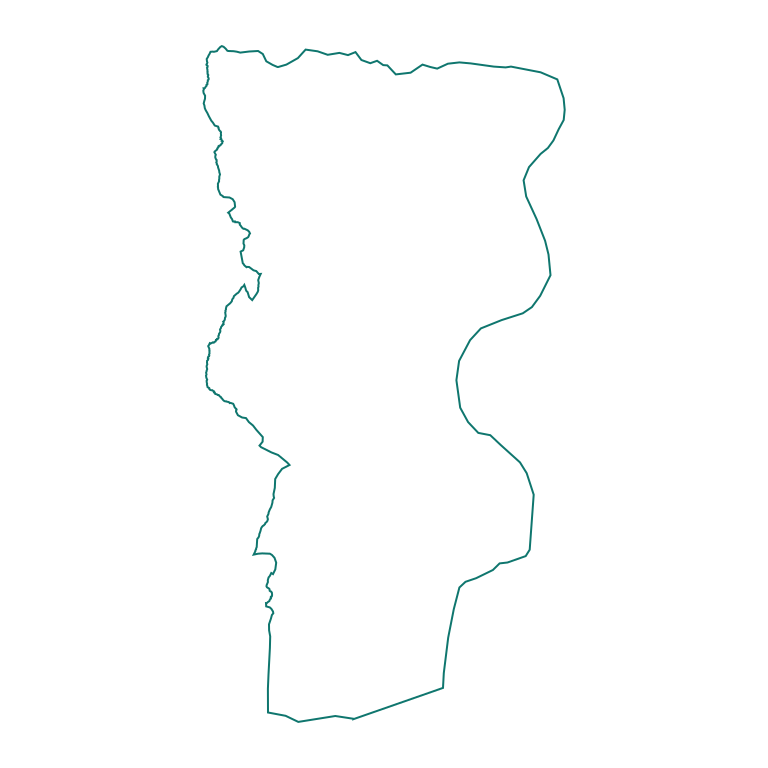 Kwahu Afram Plains North, Eastern, Ghana (Natural Earth projection)
{"feature_id": "2480657B6837938265733", "entity_name": "Kwahu Afram Plains North", "entity_type": "district", "adm_level": 2, "iso_a3": "GHA", "parent_name": "Ghana", "parent_adm1": "Eastern", "projection": "natural_earth1", "projection_center": [-0.105, 6.867], "detail": "fine", "context": "isolated", "style": "outline", "palette": "teal", "viewbox_px": 768, "rotation_deg": 0, "n_neighbors": 0, "source": "geoboundaries", "source_scale": "gbopen_adm2", "svg_char_len": 6037}
<svg xmlns="http://www.w3.org/2000/svg" viewBox="0 0 768 768"><path d="M443.0,687.9L443.8,673.0L448.2,637.6L453.8,609.1L459.4,587.5L465.5,581.8L476.1,578.2L492.9,570.0L499.6,563.4L507.5,562.5L525.7,556.1L529.7,549.7L533.7,494.7L526.7,473.2L520.0,462.4L500.5,444.8L490.3,435.2L478.3,432.9L468.1,422.1L460.2,407.7L456.4,380.2L459.1,360.9L470.1,340.1L480.9,328.4L501.6,320.1L522.8,313.3L531.9,307.1L540.2,295.8L550.5,275.2L548.5,254.5L545.1,240.8L536.6,219.1L526.2,196.5L523.6,180.3L529.0,167.1L540.6,153.9L547.9,148.0L553.4,140.5L558.7,129.2L563.7,120.0L564.7,109.8L563.6,98.2L557.3,79.4L540.6,72.3L511.0,66.6L505.6,67.4L493.8,66.6L470.7,63.4L459.4,62.4L447.9,63.7L437.2,68.6L430.3,67.0L422.5,64.6L410.6,72.7L395.8,74.4L387.4,65.4L383.2,65.1L377.1,60.8L370.3,63.2L361.4,60.0L355.5,52.1L348.0,55.1L339.4,52.9L327.7,54.8L317.6,51.3L305.6,49.6L297.9,58.1L286.4,64.6L278.2,67.0L277.5,67.0L272.6,64.9L266.3,61.3L262.8,54.0L258.1,51.0L249.2,51.5L240.3,52.6L236.8,51.7L233.6,51.2L228.2,51.0L227.3,50.7L225.7,48.7L223.6,46.8L221.8,46.1L220.3,47.0L218.1,49.4L216.9,51.1L213.9,51.8L212.8,51.6L210.5,51.8L209.4,54.2L208.6,55.4L207.9,57.1L206.7,59.0L207.0,61.6L207.4,62.4L207.0,63.8L206.7,64.0L206.4,64.7L206.7,65.3L207.6,65.9L207.6,66.9L207.0,67.8L207.2,68.2L207.2,69.1L207.5,69.8L207.4,71.4L207.7,71.9L207.4,73.0L207.7,73.6L207.7,74.5L208.2,74.8L208.3,75.0L207.8,76.8L208.5,77.9L208.7,79.0L208.5,79.6L207.8,80.2L207.8,81.5L207.2,82.9L207.5,84.0L206.4,85.0L206.6,85.7L205.4,87.1L205.1,87.8L204.4,88.4L203.6,88.3L203.8,89.5L203.3,90.7L203.6,93.0L205.1,95.7L205.0,98.8L204.3,101.0L203.7,103.5L204.4,105.4L204.8,108.1L205.7,110.2L207.4,113.1L208.8,116.1L211.3,120.7L212.9,122.6L214.6,125.3L214.9,125.6L218.1,126.6L218.1,127.0L218.6,127.8L218.5,128.5L218.9,129.1L218.9,129.6L220.0,131.0L220.5,131.3L221.0,132.2L221.0,132.7L220.8,133.1L221.1,135.6L220.8,136.2L220.8,137.1L220.5,137.4L220.9,138.0L220.6,139.0L221.3,139.0L221.7,140.3L222.1,140.6L221.9,140.9L222.3,141.0L222.7,141.4L222.3,141.9L222.3,143.0L222.1,143.4L221.4,143.9L220.5,145.2L218.8,145.9L218.7,146.0L219.0,146.2L218.7,146.4L218.7,146.8L217.7,147.8L217.7,148.3L217.5,148.6L217.2,148.7L217.1,149.5L214.6,151.6L214.4,152.2L215.8,154.8L215.3,156.0L215.3,157.5L215.9,159.1L216.7,160.1L216.5,160.8L216.7,161.8L216.3,162.5L216.9,163.7L216.8,164.4L217.6,165.4L218.0,166.4L218.0,167.2L219.2,170.8L219.3,172.2L220.0,174.4L219.3,176.6L219.3,178.8L219.0,180.0L219.1,181.2L217.9,183.7L218.0,186.4L217.8,186.9L218.1,187.7L218.1,189.0L220.4,194.6L222.9,196.2L223.2,196.8L223.8,197.1L229.5,197.5L232.7,199.2L234.6,202.2L235.1,206.7L234.7,207.4L228.2,212.7L229.3,213.6L230.8,217.4L232.1,219.2L232.8,221.2L233.2,221.6L235.0,221.4L235.3,221.8L235.3,222.2L237.8,222.2L239.8,223.1L239.8,224.7L240.4,225.3L242.0,227.6L243.4,228.8L244.3,228.7L247.7,230.3L249.2,231.8L250.0,233.5L249.4,234.2L248.5,236.6L248.1,237.2L246.5,238.2L244.4,239.1L243.7,240.0L243.5,243.6L244.3,245.3L244.2,247.3L243.2,250.3L240.6,251.6L242.8,263.3L243.9,264.4L244.2,265.2L246.5,267.2L247.0,266.9L249.1,267.0L253.5,270.3L256.3,271.1L258.8,274.0L260.7,273.9L259.4,276.7L258.2,280.1L258.8,283.1L258.4,285.1L258.5,286.8L258.1,287.7L258.2,290.4L257.7,291.9L256.4,294.1L252.2,300.1L249.1,297.1L247.6,292.1L246.4,291.0L245.9,289.8L245.3,287.6L244.3,284.9L243.4,286.3L241.6,287.4L240.6,289.3L238.9,291.9L238.0,292.9L236.8,293.6L233.9,296.2L233.5,297.8L232.5,299.0L232.1,299.9L231.8,301.3L230.2,303.2L226.5,306.3L225.9,308.6L226.0,309.3L225.4,310.8L225.6,311.6L225.2,312.5L225.7,315.7L225.6,316.7L225.0,317.8L224.8,319.6L224.3,320.6L223.2,321.7L223.6,322.1L223.6,323.1L222.6,324.7L223.1,324.8L221.2,326.8L220.8,328.4L220.4,328.8L220.0,329.8L220.4,331.0L220.1,332.2L219.0,333.9L218.8,335.4L218.3,336.1L218.6,337.8L217.6,339.2L216.9,339.0L216.4,340.0L215.9,340.0L215.6,341.4L214.1,342.2L213.8,342.7L213.1,342.7L212.8,342.4L210.9,343.4L210.0,343.1L209.9,343.8L209.5,343.8L209.1,344.8L208.2,346.1L209.4,348.9L209.3,350.3L209.6,350.9L209.4,351.6L209.5,353.6L209.0,354.5L209.3,355.6L209.0,356.4L208.3,356.6L207.8,358.1L208.4,358.8L208.0,359.4L208.0,359.9L207.1,360.7L207.0,362.8L207.3,364.4L206.8,365.4L206.6,366.4L206.7,367.2L207.2,369.1L206.6,370.7L206.6,371.3L206.1,372.6L206.5,374.6L206.0,375.7L206.4,377.9L207.2,379.7L206.6,380.8L206.8,382.8L207.1,383.8L206.9,384.9L207.2,385.4L207.6,387.2L209.2,388.0L209.4,388.3L209.2,388.8L210.0,389.8L211.4,390.3L212.3,390.2L213.5,391.2L213.8,392.1L214.3,391.8L214.6,392.6L214.9,392.8L215.2,393.9L217.0,394.4L217.7,395.0L218.7,395.0L219.9,396.5L220.7,396.8L221.5,398.2L222.2,398.6L222.5,399.3L223.8,400.7L225.2,401.4L226.1,401.3L226.9,401.7L228.6,402.0L229.2,402.4L229.7,403.1L230.6,402.9L233.2,403.8L234.1,405.6L234.4,406.8L235.4,408.2L236.2,408.8L236.6,409.4L236.5,409.9L236.1,410.2L236.1,411.1L236.0,411.6L237.9,415.2L242.1,417.5L246.0,418.1L248.9,422.1L253.0,425.5L256.4,429.9L262.8,437.1L262.6,441.7L259.5,445.6L261.1,447.2L271.4,452.4L278.1,455.0L287.3,462.6L289.5,465.0L282.1,468.8L278.1,474.1L275.2,479.0L274.8,487.9L273.5,494.1L273.7,496.4L274.1,497.9L272.6,500.3L272.4,502.8L271.2,507.0L269.9,509.3L268.6,512.5L268.5,513.8L267.2,516.5L267.9,519.2L267.4,520.9L266.5,522.1L265.3,523.1L265.0,524.1L263.6,525.5L262.7,526.0L261.6,527.4L261.1,528.4L260.5,530.9L259.6,533.5L259.3,534.1L259.2,535.7L258.5,537.5L257.4,538.7L257.2,539.3L256.7,547.1L256.1,548.5L256.1,549.3L255.4,550.3L255.4,551.1L253.7,554.6L258.1,553.7L262.3,553.4L269.9,553.7L272.0,555.0L274.5,557.8L276.2,562.7L275.3,569.4L273.0,574.1L271.3,573.0L269.8,576.0L268.6,577.4L267.8,580.2L267.9,582.1L266.6,585.2L266.5,586.4L267.0,587.3L269.2,588.7L269.5,589.2L269.7,590.8L270.6,591.5L271.2,591.6L271.9,592.7L272.1,595.0L271.9,596.1L271.6,596.6L270.9,596.7L270.7,597.2L271.0,598.1L270.9,598.6L270.0,599.3L269.3,601.1L267.8,602.1L266.7,603.2L266.0,603.1L266.2,606.4L269.8,607.4L271.4,608.9L273.0,611.5L273.3,613.3L271.9,615.0L271.0,618.4L269.0,624.3L269.1,630.3L270.2,636.4L269.9,648.0L268.5,674.4L267.9,688.8L268.0,712.5L285.6,715.8L298.3,721.9L335.3,716.0L353.7,718.8L353.6,719.1L443.0,687.9Z" fill="none" stroke="#0f766e" stroke-width="2"/></svg>